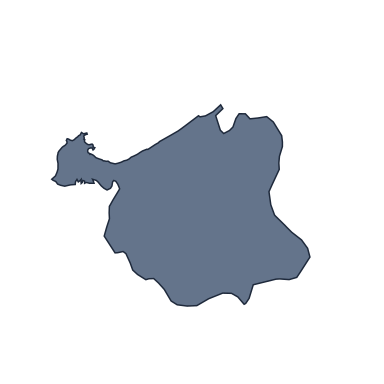 the district of Greenville, Sinoe, Liberia, rotated 122°
{"feature_id": "62588387B68895676065239", "entity_name": "Greenville", "entity_type": "district", "adm_level": 2, "iso_a3": "LBR", "parent_name": "Liberia", "parent_adm1": "Sinoe", "projection": "albers", "projection_center": [-9.039, 5.046], "detail": "fine", "context": "isolated", "style": "filled", "palette": "slate", "viewbox_px": 384, "rotation_deg": 122, "n_neighbors": 0, "source": "geoboundaries", "source_scale": "gbopen_adm2", "svg_char_len": 2714}
<svg xmlns="http://www.w3.org/2000/svg" viewBox="0 0 384 384"><g transform="rotate(122 192 192)"><path d="M123.9,226.9L143.2,234.3L147.6,236.1L155.3,240.2L166.5,246.3L168.1,246.6L171.2,248.3L177.8,251.3L179.3,252.0L179.6,252.9L183.4,255.7L186.4,257.2L187.7,257.7L189.5,258.6L192.8,260.7L194.6,262.0L197.4,262.9L199.6,264.2L201.6,266.2L204.2,267.8L206.9,270.1L208.9,272.1L210.5,276.8L210.3,279.5L211.5,281.1L211.9,282.5L212.6,283.8L212.5,284.7L212.4,285.4L212.8,286.9L213.2,288.5L213.8,291.6L213.2,294.5L213.1,295.8L213.4,298.3L214.1,298.5L213.6,299.7L213.7,301.0L212.8,302.0L211.6,302.7L210.0,302.7L208.1,301.1L207.7,299.9L208.8,298.2L207.4,297.8L205.9,297.9L206.1,298.6L206.1,299.7L205.2,300.3L204.4,301.2L204.3,302.1L205.2,303.1L206.3,304.1L206.9,305.3L206.9,307.2L206.4,309.7L205.3,310.5L204.5,310.6L204.5,311.8L203.5,311.8L202.9,312.4L202.0,313.5L199.8,312.7L198.5,311.5L197.7,312.5L198.8,313.6L200.1,314.7L200.1,315.5L200.1,317.3L202.8,317.1L204.4,318.0L205.8,318.2L207.3,318.9L210.3,319.7L211.9,320.7L212.5,322.6L212.5,324.7L213.0,326.1L214.9,325.9L215.4,324.9L216.8,323.9L219.1,324.2L220.5,324.7L221.2,325.2L223.0,325.8L227.9,326.5L229.7,326.4L230.5,326.0L232.9,325.2L235.7,323.6L238.7,320.8L243.6,317.8L246.9,316.9L250.7,316.3L255.5,317.7L255.7,316.1L255.3,313.1L256.5,310.1L255.9,306.9L254.5,303.0L253.3,301.8L250.3,298.8L247.5,295.0L245.1,296.2L242.3,296.2L243.7,293.8L241.7,293.0L240.1,292.7L241.9,291.7L243.5,290.5L242.1,290.1L240.1,290.7L239.7,288.9L241.5,287.7L240.1,286.9L239.5,285.5L238.9,283.5L236.5,279.7L234.7,281.9L233.9,283.1L232.9,279.3L233.3,277.0L234.9,272.2L235.5,268.6L235.3,265.1L232.1,263.1L229.3,263.1L225.5,264.7L223.7,264.5L223.3,262.3L224.7,259.1L226.6,256.4L227.7,255.0L232.0,254.9L240.2,254.8L244.3,254.6L246.1,254.5L247.9,254.5L253.6,251.2L258.5,247.8L265.8,246.0L267.7,245.5L275.9,243.1L284.4,225.0L282.9,222.9L279.0,218.9L279.1,217.4L279.3,215.3L285.0,206.7L289.6,200.9L290.8,194.5L290.8,184.7L288.4,182.6L285.7,178.6L286.9,172.2L289.3,163.9L294.9,153.1L295.5,151.9L295.5,144.8L291.3,135.7L285.8,127.7L273.7,121.3L271.6,119.8L261.5,112.4L257.0,104.8L256.7,97.5L259.6,88.3L258.8,87.8L257.9,87.4L252.0,87.2L238.2,90.9L221.4,74.6L219.2,71.5L214.8,63.2L208.9,57.9L202.1,57.7L184.7,57.5L178.5,64.1L174.6,73.7L173.3,86.1L171.7,93.0L171.1,95.3L168.2,108.4L167.8,109.8L161.1,118.4L151.9,126.1L150.9,126.9L143.0,128.0L126.6,130.0L121.4,133.7L115.3,136.8L105.6,139.4L101.7,141.8L96.7,145.8L93.4,152.4L89.8,159.6L89.5,160.3L88.5,168.6L94.4,175.4L99.2,181.6L97.4,188.2L100.7,193.5L106.4,193.7L115.2,191.7L120.0,192.8L125.6,196.1L124.6,200.7L114.7,212.4L104.9,210.0L102.9,213.9L112.7,216.6L120.3,220.9L124.0,225.0L123.9,226.9Z" fill="#64748b" stroke="#1e293b" stroke-width="1.5"/></g></svg>